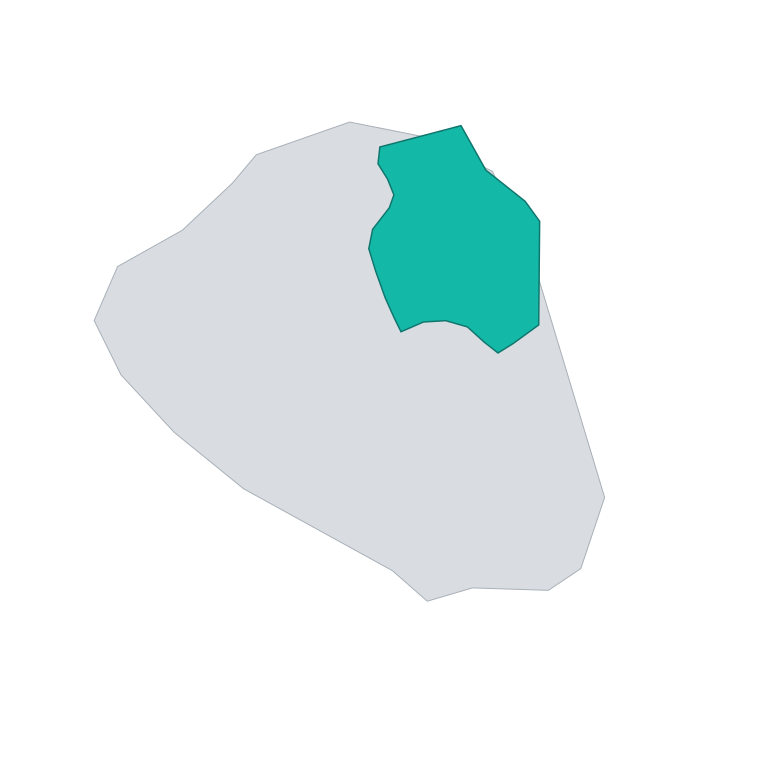 Ordino highlighted on a map of Andorra, rotated 58°
{"feature_id": "AND-4878", "entity_name": "Ordino", "entity_type": "state/province", "adm_level": 1, "iso_a3": "AND", "parent_name": "Andorra", "parent_adm1": "", "projection": "natural_earth1", "projection_center": [1.528, 42.606], "detail": "fine", "context": "in_parent", "style": "filled", "palette": "teal", "viewbox_px": 768, "rotation_deg": 58, "n_neighbors": 0, "source": "natural_earth", "source_scale": "10m", "svg_char_len": 736}
<svg xmlns="http://www.w3.org/2000/svg" viewBox="0 0 768 768"><g transform="rotate(58 384 384)"><path d="M591.1,462.4L546.8,475.8L398.4,558.6L314.0,587.5L236.9,602.2L176.6,596.2L143.2,547.7L146.7,473.5L133.4,406.5L121.9,370.8L143.6,274.4L192.9,222.0L261.3,179.3L368.9,194.9L597.1,257.0L644.8,314.9L646.1,353.9L603.8,417.0L591.1,462.4Z" fill="#d9dde1" stroke="#a8b0b8" stroke-width="1"/><path d="M328.5,165.8L415.9,221.5L418.1,252.8L418.1,270.9L401.4,276.9L379.8,283.0L363.0,298.1L352.3,317.7L348.7,341.9L333.1,340.3L311.5,337.3L284.0,331.3L261.2,325.2L246.8,311.7L237.3,286.0L228.9,275.4L212.1,272.4L194.1,272.4L180.8,261.9L205.7,181.8L256.6,184.3L303.9,167.5L328.5,165.8Z" fill="#14b8a6" stroke="#0f766e" stroke-width="1.5"/></g></svg>